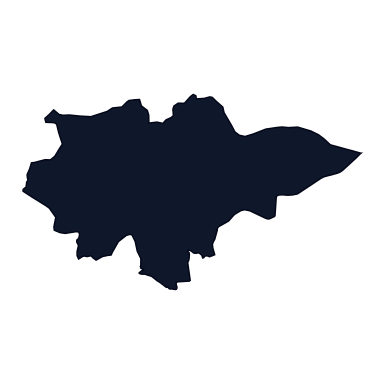 an SVG outline of Mopti
{"feature_id": "MLI-2809", "entity_name": "Mopti", "entity_type": "Region", "adm_level": 1, "iso_a3": "MLI", "parent_name": "Mali", "parent_adm1": "", "projection": "orthographic", "projection_center": [-3.546, 14.53], "detail": "fine", "context": "isolated", "style": "filled", "palette": "ink", "viewbox_px": 384, "rotation_deg": 0, "n_neighbors": 0, "source": "natural_earth", "source_scale": "10m", "svg_char_len": 2710}
<svg xmlns="http://www.w3.org/2000/svg" viewBox="0 0 384 384"><path d="M342.4,170.5L340.0,172.1L337.4,173.2L324.2,176.7L321.3,178.1L297.5,193.9L292.6,194.9L287.8,195.2L282.1,194.8L278.8,195.0L276.7,195.9L276.2,197.8L275.0,215.4L274.8,216.1L274.2,216.6L270.8,218.2L269.4,218.8L268.4,219.0L266.1,218.5L249.9,210.8L244.6,209.7L240.9,210.6L235.3,213.9L233.7,215.2L229.8,219.7L228.6,221.0L218.4,226.8L216.6,229.8L217.0,229.7L217.2,229.8L217.3,230.0L214.7,239.4L213.5,241.4L212.4,244.2L212.8,248.0L214.7,254.7L212.3,255.7L209.9,256.6L209.4,256.7L208.9,256.5L208.4,256.2L207.8,256.0L206.1,255.8L205.6,255.9L204.8,256.3L203.6,257.7L202.8,258.0L202.3,256.9L202.1,255.8L201.7,255.2L200.5,254.0L198.8,252.9L197.3,253.0L195.8,253.3L193.9,253.1L190.8,250.8L188.9,250.1L187.5,251.5L189.0,252.6L189.4,254.3L189.1,258.3L188.8,260.0L187.7,262.6L190.2,280.4L189.3,281.1L177.8,281.8L176.3,282.4L176.1,284.4L176.9,286.9L176.9,288.2L176.3,289.3L175.4,289.5L174.6,289.4L171.6,288.9L170.1,289.0L169.6,288.9L169.0,288.5L167.9,287.3L167.4,287.1L166.5,287.3L166.0,287.1L160.3,282.7L157.1,280.7L152.0,276.6L150.7,276.0L147.8,275.2L145.4,274.3L144.3,274.1L142.9,274.2L141.6,274.1L139.9,273.7L139.1,273.0L139.9,272.2L140.5,271.8L142.0,270.5L142.5,270.3L143.2,270.2L143.6,269.9L143.7,269.1L143.3,268.9L141.6,268.6L141.0,268.4L140.8,267.9L140.5,266.5L140.4,266.4L140.8,265.8L140.8,265.4L140.9,258.6L137.3,251.3L135.2,241.4L132.1,235.1L130.1,234.3L126.3,235.4L118.4,241.6L112.5,251.9L111.1,255.0L107.7,255.4L102.5,256.5L96.1,260.1L93.2,258.0L91.5,256.2L90.6,255.8L87.0,256.6L84.5,256.0L82.7,256.4L78.6,259.0L77.1,255.6L77.1,251.5L78.5,245.4L76.8,242.2L76.8,240.1L78.7,238.4L79.6,234.7L78.8,231.9L75.7,231.7L65.2,233.4L60.0,232.6L54.3,230.2L53.9,226.9L55.8,217.3L49.3,208.1L45.3,205.3L33.5,198.0L23.0,191.2L23.2,189.3L26.1,187.0L26.7,182.0L28.0,180.3L27.4,177.7L27.1,174.7L29.6,169.0L31.5,162.8L34.4,162.5L45.1,159.7L50.4,159.9L54.8,156.3L59.9,147.9L62.4,144.1L58.7,132.6L56.7,124.4L55.5,123.2L53.3,122.6L45.8,122.3L44.9,118.4L49.2,114.5L53.7,109.9L59.1,114.5L63.1,115.3L69.2,115.0L80.0,116.1L90.9,116.7L107.3,111.4L112.4,108.0L121.9,107.0L127.0,101.9L129.0,100.5L134.6,99.8L139.5,99.5L141.4,105.9L147.3,110.4L148.7,115.1L148.9,123.1L156.9,122.1L162.9,123.4L166.0,119.9L171.1,117.6L173.4,115.6L172.9,109.3L173.9,106.1L178.1,103.2L184.4,103.3L190.4,96.6L193.2,94.5L195.8,95.7L196.4,98.9L204.3,98.4L209.7,96.9L212.3,97.4L216.0,101.1L222.8,107.1L224.0,112.6L231.4,125.2L234.9,131.9L239.4,135.3L245.1,136.5L253.3,134.0L265.9,129.1L276.8,127.5L281.9,127.0L288.6,127.6L297.7,127.1L310.8,131.0L318.4,134.7L324.0,138.9L330.3,144.8L360.9,153.2L361.0,153.2L360.2,153.8L356.5,157.6L342.4,170.5Z" fill="#0f172a" stroke="#020617" stroke-width="1.5"/></svg>